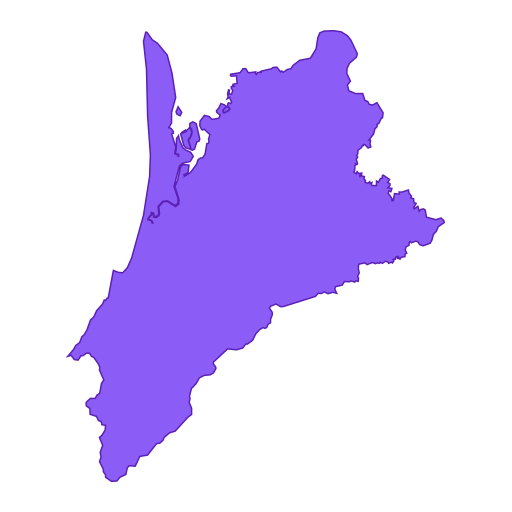 Pedernales, Manabi, Ecuador
{"feature_id": "8360857B91942112022560", "entity_name": "Pedernales", "entity_type": "district", "adm_level": 2, "iso_a3": "ECU", "parent_name": "Ecuador", "parent_adm1": "Manabi", "projection": "natural_earth1", "projection_center": [-79.906, 0.068], "detail": "fine", "context": "isolated", "style": "filled", "palette": "violet", "viewbox_px": 512, "rotation_deg": 0, "n_neighbors": 0, "source": "geoboundaries", "source_scale": "gbopen_adm2", "svg_char_len": 6032}
<svg xmlns="http://www.w3.org/2000/svg" viewBox="0 0 512 512"><path d="M423.0,245.8L430.1,243.3L432.0,239.9L433.3,234.5L436.4,231.2L438.2,226.7L444.2,222.6L443.9,220.7L441.0,218.0L436.0,219.7L426.5,217.2L425.2,210.0L423.5,208.9L420.7,209.5L419.1,211.2L417.9,206.3L414.3,208.8L413.6,207.8L416.2,203.4L414.0,202.6L413.6,198.7L410.7,197.9L411.5,196.2L409.0,193.1L408.4,190.0L401.8,192.1L399.1,192.0L399.4,194.1L394.5,193.6L393.3,200.4L392.1,200.8L392.0,198.6L388.2,193.2L389.0,190.9L390.9,191.7L391.9,188.4L387.9,187.8L390.0,185.4L389.9,183.6L387.7,182.5L389.6,179.5L383.2,175.1L382.3,175.8L382.3,178.3L380.4,178.5L378.5,182.2L376.5,181.0L376.4,185.6L372.1,185.5L371.4,184.7L371.9,182.5L370.1,183.4L369.7,181.7L367.6,183.4L365.0,182.0L365.5,180.8L363.9,178.4L364.4,176.6L361.5,175.8L359.9,176.6L359.6,175.2L361.5,174.5L361.8,173.1L358.5,173.4L357.1,171.6L356.2,173.8L353.8,172.1L354.7,170.3L354.9,165.7L356.1,164.7L355.7,164.0L357.2,164.4L357.5,163.4L356.2,159.2L357.7,157.1L356.6,155.6L357.7,153.9L358.0,150.3L361.5,147.6L362.4,145.6L363.4,145.6L363.6,144.5L365.1,144.8L368.1,148.0L370.8,146.9L370.0,143.6L370.6,140.9L370.1,139.8L369.0,139.9L373.6,134.0L374.8,129.1L377.1,126.6L377.2,124.0L378.8,123.5L381.2,118.4L382.5,117.8L383.1,112.8L376.9,102.7L372.6,105.0L369.1,104.3L367.8,101.5L365.0,100.5L362.7,93.5L355.7,93.6L348.9,90.8L347.4,85.1L350.4,81.1L346.8,73.4L347.0,68.7L349.4,63.3L356.4,57.2L357.3,53.7L350.9,40.1L347.4,35.7L341.1,31.8L333.5,30.7L323.9,31.1L319.8,32.9L317.8,37.8L316.1,48.8L310.4,58.2L299.7,60.3L293.2,65.3L290.8,68.7L287.2,69.5L284.4,71.6L282.8,72.2L281.8,71.0L280.5,71.8L276.9,67.2L273.2,67.4L271.3,68.8L261.7,71.0L261.3,72.2L260.1,71.1L260.6,72.2L257.6,72.5L256.3,74.5L255.3,73.3L255.7,71.9L248.4,72.8L245.7,68.6L243.0,68.7L240.1,72.7L230.6,74.2L230.5,75.5L231.4,76.2L236.5,75.8L237.1,83.4L233.0,84.3L232.8,85.2L234.1,86.3L231.3,86.6L231.2,88.0L232.8,90.7L231.5,94.1L228.8,94.0L229.5,90.1L228.5,89.9L227.6,94.1L228.1,96.9L227.2,98.8L229.6,97.5L231.6,102.4L230.6,103.6L228.6,102.8L227.9,103.5L227.3,106.5L229.5,107.7L229.8,108.5L229.4,109.9L228.5,110.8L224.4,112.9L223.4,112.8L222.8,111.8L223.2,109.7L226.5,106.7L224.5,104.9L220.9,103.6L219.0,107.7L216.4,110.8L216.9,112.5L220.2,115.0L218.9,118.2L212.2,119.4L209.0,116.5L204.4,115.4L200.1,121.1L199.8,125.7L201.5,129.3L202.3,130.0L204.4,129.3L209.9,134.7L208.5,139.3L209.0,141.5L208.5,143.2L206.8,143.7L205.1,154.0L202.7,157.8L200.3,158.1L198.0,159.8L196.7,164.1L190.4,172.6L184.6,176.1L185.3,174.6L183.2,175.0L188.1,172.8L189.0,165.1L183.1,164.5L180.6,167.0L177.6,180.1L174.9,186.6L178.9,199.2L178.8,204.0L175.5,206.6L167.5,201.5L163.3,201.7L158.8,206.7L159.5,214.0L158.7,215.8L156.5,217.5L153.5,217.1L153.4,214.2L152.6,213.6L148.1,219.0L151.5,220.4L153.0,222.8L152.2,223.1L151.4,220.7L147.9,219.8L147.7,218.9L151.6,213.5L151.4,212.5L153.6,213.2L154.2,216.7L157.8,215.8L158.8,213.3L158.1,206.5L162.6,201.4L167.4,200.8L175.1,205.5L177.8,203.4L178.0,198.6L174.0,186.4L179.4,165.9L182.8,163.1L190.2,161.5L193.3,156.4L190.7,152.3L185.4,149.9L182.7,147.5L179.3,139.6L178.5,135.7L176.5,138.5L176.2,148.6L175.5,153.0L176.2,154.3L178.7,154.3L178.8,155.0L178.1,157.0L178.5,154.5L176.4,154.6L174.7,153.5L175.8,147.1L171.9,134.8L172.0,133.4L173.3,133.2L173.3,131.5L171.0,128.3L168.7,127.7L171.5,123.2L171.6,112.3L175.7,97.5L172.0,73.2L167.2,55.0L157.5,43.3L152.1,39.6L147.0,32.3L145.7,32.2L143.5,41.4L146.5,69.2L147.6,115.7L150.4,155.1L149.6,176.5L143.5,215.3L131.6,258.1L127.3,267.8L122.7,272.8L118.1,272.3L113.4,270.4L108.2,298.0L106.9,298.2L105.5,300.5L104.2,300.0L102.6,304.0L96.6,310.7L93.9,316.8L90.5,320.0L87.0,329.8L84.3,334.6L81.9,336.7L79.6,342.6L75.7,345.5L73.7,349.3L67.8,356.3L71.0,355.3L74.4,359.6L78.1,360.1L80.9,355.8L83.1,355.6L86.5,353.1L89.5,353.2L91.5,356.4L93.7,357.3L98.2,363.7L99.9,367.6L99.4,369.9L103.8,380.0L101.5,383.4L99.7,393.3L96.8,395.3L95.2,398.4L90.4,398.4L86.4,402.1L86.0,403.5L86.4,406.0L89.9,408.5L90.1,414.3L96.5,416.4L98.5,420.6L101.2,421.5L101.9,424.7L105.5,425.3L105.2,429.9L101.9,435.3L99.4,437.5L102.7,445.3L100.2,452.4L101.1,457.1L99.5,461.6L103.1,468.8L103.5,472.0L105.5,474.7L105.6,477.3L111.4,481.3L116.9,481.0L119.9,477.3L125.9,474.4L127.3,467.8L129.2,465.7L135.2,466.2L139.8,456.4L147.5,455.1L156.6,443.6L159.9,443.1L163.1,440.1L164.1,437.5L169.5,432.8L175.1,431.2L188.1,417.0L191.6,414.5L191.6,408.2L189.2,402.5L190.0,398.8L189.5,396.1L191.4,388.6L196.2,383.5L199.4,377.8L204.2,375.4L210.2,374.8L213.5,372.9L215.9,368.6L215.7,367.0L213.2,363.4L213.4,362.1L227.6,348.9L236.4,349.8L242.8,348.0L245.7,344.0L247.4,344.1L252.7,340.1L255.8,333.8L259.8,329.5L262.9,327.6L264.9,328.3L266.7,327.5L268.0,324.3L270.5,322.8L270.6,319.1L272.3,314.8L272.2,312.2L269.4,308.1L270.5,306.3L275.9,304.0L280.7,306.7L283.1,306.6L315.4,296.4L318.2,293.3L321.4,293.5L324.2,291.9L327.9,293.7L332.9,292.3L336.7,293.3L334.8,289.1L335.5,286.7L342.2,285.1L344.5,281.5L349.4,281.8L351.1,280.9L354.7,282.1L355.8,280.8L358.3,281.3L358.5,277.9L357.6,276.6L359.2,272.9L358.3,268.3L358.7,264.2L364.8,262.9L367.1,264.6L372.4,262.5L375.4,263.7L377.8,262.8L379.6,263.4L380.3,262.2L382.4,263.3L385.5,261.2L388.6,262.4L388.6,263.3L391.5,262.2L392.4,263.0L393.8,261.1L393.2,259.5L395.2,259.3L395.3,257.6L396.7,256.5L397.7,257.1L397.3,258.4L398.3,258.5L398.5,257.0L400.0,259.1L401.4,257.2L404.9,256.7L405.1,254.2L406.7,253.2L405.3,250.1L405.8,247.1L409.0,245.2L409.5,241.8L410.3,241.4L411.5,242.8L415.2,241.3L417.8,241.6L419.7,244.6L423.0,245.8ZM192.5,150.2L194.5,149.1L196.8,142.0L199.1,141.0L199.8,139.1L196.2,123.7L192.9,121.8L189.9,123.4L189.8,126.6L191.7,129.6L192.0,132.6L191.3,135.8L188.5,140.5L190.6,146.9L190.9,149.7L192.5,150.2ZM191.7,132.6L191.1,129.2L189.1,128.0L186.1,131.5L180.6,133.9L183.8,145.5L185.7,147.8L190.0,149.2L190.4,147.4L188.2,140.2L188.7,138.6L190.3,137.3L191.7,132.6ZM180.2,115.7L181.7,112.3L178.1,106.8L176.0,111.9L177.1,114.4L180.2,115.7ZM224.1,112.7L228.8,110.4L229.5,107.9L227.0,106.5L224.0,109.0L223.1,111.8L224.1,112.7ZM181.2,132.8L184.7,131.9L186.2,129.6L181.2,132.8Z" fill="#8b5cf6" stroke="#5b21b6" stroke-width="1.5"/></svg>